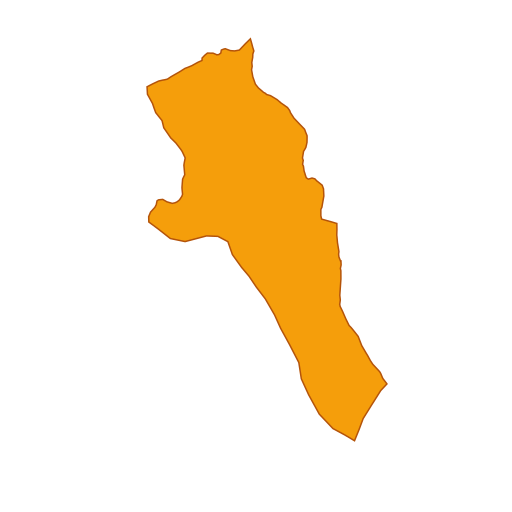 Mont Illi, Mayo-Kebbi Est, Chad (orthographic projection), rotated 70°
{"feature_id": "50815135B57632005694692", "entity_name": "Mont Illi", "entity_type": "district", "adm_level": 2, "iso_a3": "TCD", "parent_name": "Chad", "parent_adm1": "Mayo-Kebbi Est", "projection": "orthographic", "projection_center": [15.079, 9.78], "detail": "fine", "context": "isolated", "style": "filled", "palette": "amber", "viewbox_px": 512, "rotation_deg": 70, "n_neighbors": 0, "source": "geoboundaries", "source_scale": "gbopen_adm2", "svg_char_len": 3174}
<svg xmlns="http://www.w3.org/2000/svg" viewBox="0 0 512 512"><g transform="rotate(70 256 256)"><path d="M421.0,176.7L420.6,176.8L414.8,178.6L414.4,178.7L413.3,178.8L408.9,179.0L406.9,179.4L397.7,183.3L393.5,184.3L387.5,185.2L385.1,185.7L376.4,187.3L366.5,187.5L362.8,188.7L358.0,190.3L355.5,191.2L354.9,191.5L353.1,192.3L345.8,193.1L341.0,193.4L337.7,193.6L333.9,194.0L332.1,194.2L330.5,193.9L330.0,193.9L329.2,193.4L328.4,193.0L326.1,191.8L321.6,190.7L306.7,184.1L304.5,183.3L298.9,181.3L296.6,181.0L293.9,179.3L293.5,179.1L293.3,179.0L289.8,177.9L289.8,178.3L286.0,178.4L285.1,178.4L282.4,177.7L280.5,176.7L280.3,176.6L278.8,176.3L271.4,174.9L265.8,173.4L264.1,173.0L260.3,171.5L259.1,171.0L253.1,168.9L252.3,170.0L250.4,172.5L243.8,181.7L242.1,181.5L240.4,181.3L234.6,179.2L234.2,178.9L232.6,177.3L231.8,176.9L223.5,172.1L223.0,171.8L222.7,171.7L218.9,170.5L217.2,170.0L216.1,169.6L214.3,169.6L212.1,169.6L211.8,169.8L206.8,172.8L206.6,173.0L206.3,173.1L205.3,173.6L203.6,174.3L203.2,174.9L202.8,175.4L202.7,175.6L201.9,176.7L201.7,179.9L201.7,180.5L199.7,182.0L196.0,181.9L195.2,181.8L193.8,181.8L192.6,181.7L192.4,181.7L187.8,180.7L185.9,180.9L183.3,179.5L182.3,178.9L181.3,178.9L179.8,178.8L177.1,177.3L173.9,175.5L172.5,173.7L171.0,172.0L168.7,170.5L166.6,169.2L163.0,167.8L161.9,167.4L160.5,166.9L160.0,166.9L159.4,166.9L157.0,167.0L153.6,167.0L152.6,167.4L146.8,170.0L139.4,173.2L138.0,173.5L133.2,174.6L131.7,174.6L130.9,174.6L127.3,175.6L120.7,180.2L116.1,182.8L115.7,183.2L115.5,183.3L110.3,187.5L107.7,191.0L106.9,191.2L106.5,191.4L105.4,192.4L104.9,192.9L98.8,196.3L94.3,197.8L86.5,197.7L79.6,196.5L79.3,196.4L79.0,196.2L77.8,195.5L76.8,194.9L76.4,194.7L72.8,193.8L69.5,191.9L68.3,191.2L65.9,190.2L65.1,189.9L64.6,189.5L62.6,187.9L61.0,187.8L58.8,187.7L54.4,187.3L51.5,187.1L50.0,187.0L53.0,193.6L56.8,201.2L56.0,205.9L55.1,207.9L54.2,209.9L50.7,214.0L50.5,215.8L50.6,218.1L51.2,218.5L53.2,219.6L54.0,222.0L53.5,224.1L53.1,224.4L51.5,226.1L50.7,227.0L49.9,229.2L49.4,230.4L48.7,232.3L49.8,235.4L51.5,238.9L53.8,239.9L54.1,244.3L55.0,250.0L55.2,251.1L55.3,253.5L55.4,255.8L55.4,258.5L56.9,265.4L57.7,270.2L58.5,274.7L59.0,276.7L59.5,278.8L59.1,282.0L58.8,283.5L58.3,287.6L58.4,288.8L58.6,290.8L58.9,294.1L59.7,300.5L66.6,302.6L66.9,302.7L68.1,302.5L77.2,301.1L82.1,301.2L87.0,301.2L96.6,298.0L97.7,298.1L104.0,298.8L104.8,298.6L110.9,297.0L116.0,295.7L119.3,294.1L122.5,292.6L129.8,290.3L131.7,289.8L132.8,289.6L139.6,289.0L143.8,291.5L146.0,292.7L147.5,293.1L155.3,295.2L157.0,297.0L158.7,298.7L165.1,301.6L166.5,302.2L168.6,302.8L172.9,303.9L174.6,305.3L177.1,308.7L177.7,310.3L178.2,312.1L178.2,312.7L178.3,314.0L178.1,315.3L177.9,316.7L176.0,319.3L174.6,321.2L170.9,324.3L170.5,325.9L169.9,328.3L170.2,330.0L171.2,330.7L173.7,332.2L175.7,334.4L178.7,340.1L182.3,343.4L187.4,345.1L197.1,338.7L210.3,330.5L218.2,317.7L220.2,295.7L224.5,285.1L232.9,277.5L246.6,277.7L261.9,273.4L272.5,269.5L285.4,266.3L299.5,261.9L317.7,258.7L332.3,257.6L351.2,254.7L370.8,252.2L386.9,255.4L404.4,254.0L426.3,250.6L444.5,242.7L454.6,233.7L463.3,226.6L454.2,218.4L445.4,210.9L435.6,198.4L425.1,184.8L421.0,176.7Z" fill="#f59e0b" stroke="#b45309" stroke-width="1.5"/></g></svg>